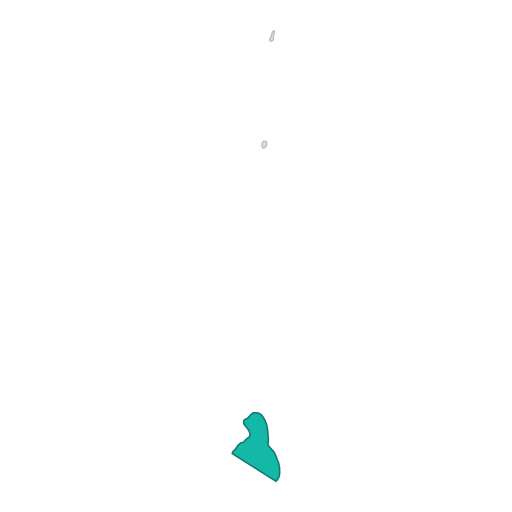 North Huvadhoo, Maldives (highlighted)
{"feature_id": "70690204B59345201549971", "entity_name": "North Huvadhoo", "entity_type": "district", "adm_level": 2, "iso_a3": "MDV", "parent_name": "Maldives", "parent_adm1": "", "projection": "equal_earth", "projection_center": [73.335, 0.637], "detail": "fine", "context": "in_parent", "style": "filled", "palette": "teal", "viewbox_px": 512, "rotation_deg": 0, "n_neighbors": 0, "source": "geoboundaries", "source_scale": "gbopen_adm2", "svg_char_len": 1946}
<svg xmlns="http://www.w3.org/2000/svg" viewBox="0 0 512 512"><path d="M273.0,40.3L271.5,41.4L270.1,40.9L269.6,39.6L270.3,37.6L271.5,35.0L272.3,32.2L273.5,30.7L274.4,31.2L274.3,32.8L273.8,34.9L273.6,37.7L273.0,40.3ZM264.8,147.8L263.0,148.1L261.8,146.1L262.1,143.2L263.5,141.2L265.8,141.1L267.0,142.9L266.4,145.7L264.8,147.8Z" fill="#d9dde1" stroke="#a8b0b8" stroke-width="1"/><path d="M276.0,481.3L276.6,480.8L277.1,480.1L277.7,479.1L278.4,478.0L278.8,477.3L279.2,476.1L279.5,475.2L279.6,473.5L279.8,472.1L279.7,470.9L279.6,469.3L279.7,468.2L279.3,466.5L279.0,464.6L278.7,463.2L278.2,461.7L277.4,460.2L276.9,459.1L276.7,458.5L276.5,457.2L276.1,456.2L275.5,455.1L275.1,454.2L274.7,453.1L274.1,452.2L273.3,451.0L272.4,450.2L271.5,449.2L270.6,448.1L269.6,447.0L268.6,445.8L268.3,445.1L268.1,444.0L268.2,442.9L268.3,441.6L268.4,440.2L268.4,438.6L268.2,436.9L268.1,435.4L267.9,433.9L267.9,432.5L267.7,430.7L267.4,428.7L267.1,427.3L266.9,425.9L266.7,424.9L266.4,423.9L265.6,422.2L265.2,420.9L264.5,419.4L263.9,418.4L263.4,417.6L262.8,416.6L262.0,415.6L261.1,414.7L260.3,414.1L259.7,413.7L258.9,413.3L258.2,413.1L257.7,412.9L256.8,412.8L256.4,412.8L255.6,412.8L255.1,412.9L254.3,412.7L253.3,412.7L252.3,413.5L251.2,414.3L250.6,414.9L250.0,415.6L249.3,416.4L248.6,417.1L247.9,417.9L247.2,418.4L246.0,419.0L245.4,419.2L244.8,419.4L244.4,419.8L244.0,420.5L243.7,421.2L243.6,422.3L243.7,423.2L243.9,424.0L244.4,424.7L245.0,425.5L245.8,426.5L246.8,427.8L247.7,428.8L248.4,430.0L248.9,430.8L249.2,431.5L249.6,432.5L249.9,433.5L250.0,434.2L249.9,435.3L249.5,436.6L248.6,437.5L247.7,438.1L247.0,438.7L246.3,439.2L245.5,439.9L245.0,440.5L244.5,441.0L244.0,441.9L243.2,442.3L242.1,442.7L240.9,442.7L240.0,443.5L239.3,444.2L238.4,444.8L237.9,445.4L237.4,446.2L237.1,446.7L236.3,447.7L235.7,448.7L235.0,449.5L234.5,450.0L233.9,450.6L233.3,451.2L232.9,451.7L232.7,452.0L232.4,452.7L232.2,453.6L276.0,481.3Z" fill="#14b8a6" stroke="#0f766e" stroke-width="1.5"/></svg>